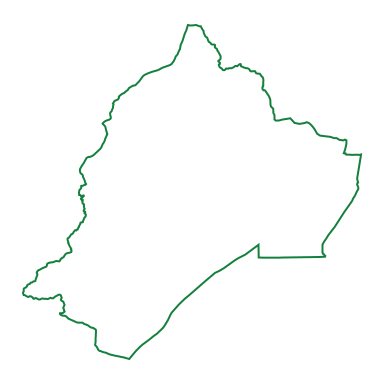 Kilolo, Iringa, United Republic of Tanzania (Mercator projection)
{"feature_id": "72390352B38467377597679", "entity_name": "Kilolo", "entity_type": "district", "adm_level": 2, "iso_a3": "TZA", "parent_name": "United Republic of Tanzania", "parent_adm1": "Iringa", "projection": "mercator", "projection_center": [36.065, -7.785], "detail": "fine", "context": "isolated", "style": "outline", "palette": "green", "viewbox_px": 384, "rotation_deg": 0, "n_neighbors": 0, "source": "geoboundaries", "source_scale": "gbopen_adm2", "svg_char_len": 5763}
<svg xmlns="http://www.w3.org/2000/svg" viewBox="0 0 384 384"><path d="M187.9,25.0L186.3,30.4L184.8,33.6L182.5,40.9L180.7,44.9L179.9,49.4L179.1,50.5L177.5,54.5L175.7,56.5L175.2,58.0L173.7,61.2L171.5,64.1L170.1,65.0L162.5,67.7L158.1,70.1L152.1,71.8L148.0,73.3L145.2,74.6L143.6,75.6L142.6,76.6L139.3,81.2L135.5,85.1L134.3,85.6L133.0,85.6L128.9,88.1L127.7,90.1L125.8,91.4L124.5,92.8L121.8,94.0L118.9,96.5L118.8,97.0L119.0,97.6L118.8,98.2L118.0,99.4L114.9,100.8L114.1,101.4L113.7,102.6L112.9,103.4L113.5,104.7L113.2,105.5L112.9,108.1L112.1,109.6L111.7,111.0L111.4,111.5L110.4,112.4L110.1,113.3L110.2,114.9L110.7,116.5L110.8,118.1L110.7,118.5L110.1,119.1L109.1,119.7L106.3,120.6L104.5,121.6L102.7,123.3L102.6,123.7L102.9,124.1L104.1,125.2L105.2,126.4L106.4,131.2L107.3,134.0L107.2,134.4L106.9,134.4L106.7,135.5L105.6,137.8L104.7,140.6L103.8,142.6L103.1,143.5L102.6,144.3L101.2,147.7L100.1,149.0L93.8,154.9L92.1,156.0L89.7,157.0L88.4,156.9L86.6,157.9L83.7,163.1L81.7,166.0L80.0,169.1L79.9,171.0L80.4,172.9L81.1,173.7L82.3,174.5L82.7,175.2L82.9,176.4L83.5,177.9L84.6,180.4L85.2,182.3L85.2,182.8L86.1,184.0L85.4,184.8L84.1,185.1L82.5,185.9L81.4,185.8L81.1,186.1L81.3,187.1L81.1,188.2L79.4,190.1L79.0,192.7L79.2,195.0L80.1,195.0L81.0,196.1L83.3,195.5L83.8,195.6L83.8,196.0L82.0,197.8L81.1,198.3L80.9,198.8L81.1,199.2L82.0,199.4L82.2,199.7L81.9,200.2L81.9,200.6L82.2,200.7L82.7,200.5L82.5,202.9L82.6,203.4L83.6,204.0L84.1,204.8L83.8,205.7L84.2,208.0L84.6,208.5L84.6,209.0L83.8,210.2L83.7,210.9L84.9,211.6L84.6,212.4L85.1,212.5L84.8,213.5L85.8,214.3L85.8,215.0L85.6,216.5L84.4,217.7L83.5,220.1L82.6,221.8L82.8,222.1L82.6,222.3L80.8,222.5L80.5,222.7L80.3,223.1L80.3,224.0L79.0,226.2L79.0,226.9L78.3,227.6L77.9,229.1L77.7,229.4L76.7,229.7L76.4,230.4L75.3,230.2L75.0,230.3L73.7,231.9L73.0,233.3L72.2,234.0L71.3,234.3L69.0,237.6L67.7,238.3L67.5,238.8L67.7,240.4L68.2,241.6L68.1,242.0L68.4,242.6L68.5,243.1L68.3,243.5L68.7,243.8L69.4,245.7L71.2,248.7L71.2,249.2L70.9,249.4L71.5,250.4L71.4,250.9L71.5,251.1L71.2,252.1L69.8,252.6L66.5,253.4L65.4,254.3L64.6,255.5L64.3,255.8L63.9,256.8L62.9,257.6L62.2,257.7L61.7,258.5L60.7,258.9L60.0,260.6L59.2,261.4L56.6,261.0L55.8,261.1L52.9,262.3L51.4,262.3L50.8,262.4L50.4,262.7L49.2,262.7L47.6,263.5L47.3,263.9L47.0,264.2L47.1,264.7L46.4,266.6L42.8,268.0L40.0,269.6L38.3,270.3L37.2,271.5L36.7,272.7L37.4,274.4L37.2,275.3L35.7,279.4L35.3,281.0L34.6,281.3L33.4,281.4L32.2,282.4L30.7,282.7L29.8,283.9L27.7,284.7L27.4,285.0L26.8,286.6L26.3,286.9L26.1,287.3L23.9,288.5L23.6,289.8L23.8,291.1L23.0,292.8L23.1,293.5L23.7,295.0L24.3,295.0L25.3,295.4L26.6,296.3L28.3,297.0L29.8,296.2L30.8,296.3L32.8,297.6L33.1,298.4L33.6,298.8L34.6,298.6L35.5,298.0L36.0,298.1L38.9,299.5L40.2,299.4L41.7,298.6L42.7,298.5L44.5,298.9L45.4,298.7L47.7,299.1L50.6,297.8L52.0,298.3L53.1,298.3L55.0,296.7L58.5,294.8L59.2,294.6L60.2,294.8L60.8,295.3L61.7,297.8L61.3,298.5L60.9,299.8L61.5,300.7L63.3,301.7L64.5,304.8L64.1,306.0L63.3,307.5L63.3,308.1L64.0,309.4L63.9,309.9L64.6,311.6L62.7,313.1L60.0,313.3L60.0,314.0L60.6,314.7L62.3,315.6L64.8,315.8L65.7,316.1L66.5,316.7L67.2,317.5L67.9,318.0L68.3,318.6L77.3,322.6L82.5,322.7L83.2,323.1L83.8,323.8L86.7,324.8L88.0,325.4L90.2,327.1L92.5,327.9L92.9,327.8L93.6,328.1L94.1,328.6L95.5,329.4L95.9,329.9L96.0,332.1L95.8,334.2L95.8,336.1L95.6,337.9L95.6,342.0L95.1,344.9L95.3,345.4L96.2,346.1L96.9,347.1L98.4,350.0L99.1,350.6L100.0,351.0L100.9,351.1L101.5,351.5L103.5,352.2L106.2,352.8L107.1,353.3L109.7,354.4L114.2,355.5L119.9,356.6L121.7,357.1L123.4,357.3L129.2,359.0L135.7,351.2L140.0,346.8L142.9,344.3L147.6,340.9L154.1,335.7L156.7,333.9L162.6,328.3L164.6,325.7L167.9,320.2L170.5,314.7L171.7,312.6L178.9,304.5L184.9,298.7L188.8,295.5L205.9,280.6L215.0,272.9L219.1,271.0L224.0,268.1L234.7,260.4L238.6,258.0L245.3,254.6L258.5,244.8L258.7,257.5L264.0,257.7L277.3,257.7L284.1,257.5L319.1,257.0L325.1,256.7L325.3,255.9L324.7,255.5L324.0,254.4L323.5,254.3L323.1,253.9L322.9,253.3L322.5,252.9L322.5,244.6L324.2,241.5L326.1,238.8L328.3,235.2L333.3,228.7L334.4,227.4L344.1,212.3L352.2,200.8L352.9,198.9L355.1,195.4L357.0,191.2L358.1,189.5L358.3,188.6L358.3,187.6L357.8,186.0L357.1,184.6L357.3,183.4L357.6,182.9L358.1,182.6L357.1,178.7L360.7,156.8L361.0,154.5L360.0,154.9L359.0,154.9L357.1,154.7L351.5,154.9L350.0,154.7L346.5,154.6L345.8,154.4L345.6,154.2L345.3,153.8L345.4,153.4L343.8,153.2L345.1,149.6L346.4,143.9L346.4,140.3L345.0,139.6L343.3,140.4L339.5,139.9L336.6,138.1L334.0,138.1L330.6,136.9L320.1,135.6L317.2,133.8L314.4,128.9L312.0,125.9L309.5,123.4L306.8,122.2L304.3,123.1L299.5,123.9L294.5,122.9L290.3,118.3L281.7,119.7L279.1,120.5L275.8,120.6L274.5,119.5L274.5,116.0L274.3,114.6L273.4,113.2L273.2,108.7L271.3,106.9L270.9,106.2L270.5,104.8L270.3,99.9L269.7,98.0L268.9,96.1L265.4,90.9L264.9,90.4L264.5,90.2L262.6,90.3L262.9,90.2L262.3,87.8L263.0,86.6L262.8,86.0L263.3,85.4L263.2,81.9L263.3,81.7L263.4,80.3L263.2,78.6L262.7,77.3L261.5,76.2L259.9,73.8L257.0,73.5L256.1,73.2L255.6,72.3L255.5,71.9L255.0,71.2L253.0,71.2L251.9,71.4L250.8,71.3L250.1,70.8L249.6,69.8L248.9,69.0L247.7,68.3L246.3,68.2L244.3,67.7L242.7,66.9L241.1,66.3L240.7,64.2L240.1,64.0L239.2,64.5L237.2,66.2L236.6,66.0L235.3,66.0L233.5,67.3L231.7,68.2L229.2,68.2L228.6,68.4L228.0,68.8L226.7,68.5L225.9,68.7L225.4,69.4L224.6,70.1L223.6,70.2L222.7,69.9L221.7,68.4L220.7,68.0L219.4,66.8L218.8,64.7L219.2,64.2L219.8,64.0L220.0,63.1L219.9,62.7L218.4,61.5L218.4,60.8L220.0,59.6L220.6,58.5L220.6,56.2L219.9,54.8L218.1,51.4L217.4,50.7L217.1,49.2L215.0,47.5L214.8,47.0L215.1,45.7L215.0,45.0L214.1,44.5L212.2,44.5L211.5,44.3L210.9,43.7L210.4,42.8L208.8,41.8L207.9,39.9L207.5,38.4L206.9,37.5L205.4,36.4L204.7,35.0L203.8,32.9L203.5,30.8L202.8,30.1L201.1,27.1L200.9,26.3L199.5,26.3L196.1,25.0L191.6,25.5L189.6,25.4L187.9,25.0Z" fill="none" stroke="#15803d" stroke-width="2"/></svg>